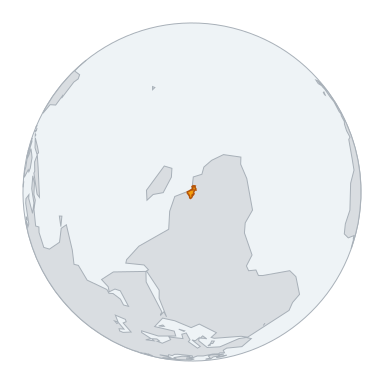 the Earth from above Sofala, rotated 194°
{"feature_id": "MOZ-1905", "entity_name": "Sofala", "entity_type": "Province", "adm_level": 1, "iso_a3": "MOZ", "parent_name": "Mozambique", "parent_adm1": "", "projection": "orthographic", "projection_center": [34.584, -19.076], "detail": "fine", "context": "on_globe", "style": "filled", "palette": "amber", "viewbox_px": 384, "rotation_deg": 194, "n_neighbors": 0, "source": "natural_earth", "source_scale": "10m", "svg_char_len": 7307}
<svg xmlns="http://www.w3.org/2000/svg" viewBox="0 0 384 384"><g transform="rotate(194 192 192)"><circle cx="192" cy="192" r="169" fill="#eef3f6" stroke="#a8b0b8"/><path d="M23.7,176.6L23.9,176.4L23.9,181.9L23.6,186.8L24.2,186.1L24.3,188.9L29.3,185.3L34.1,188.2L35.5,198.1L34.4,212.6L40.2,238.9L40.1,252.4L44.7,263.1L52.6,280.9L52.0,283.5L56.9,288.9L60.5,294.8L61.3,297.3L65.6,302.1L66.4,303.9L68.8,305.7L76.2,314.0L81.1,317.7L88.1,323.9L91.3,325.9L91.7,326.5L93.8,328.2L96.0,329.7L94.5,329.6L87.3,324.5L82.7,320.8L83.2,321.2L72.8,311.8L75.5,314.4L75.3,314.2L66.5,305.1L58.4,295.4L51.0,285.1L44.4,274.3L38.7,263.0L33.8,251.3L29.8,239.3L26.7,227.0L24.6,214.5L23.3,201.9L23.1,189.3L23.7,176.6ZM98.9,330.6L95.6,330.2L96.6,330.1L92.2,326.6L95.7,327.7L98.9,330.6ZM88.2,321.0L86.1,318.2L87.0,318.5L88.7,320.5L88.2,321.0ZM187.2,23.1L199.3,23.5L196.6,23.7L190.4,23.5L195.2,24.3L195.2,23.9L198.3,24.2L200.8,23.7L203.2,23.9L201.5,23.4L204.7,23.6L205.6,24.0L212.0,24.3L218.8,25.2L219.1,25.2L232.4,27.9L232.6,28.0L233.9,28.3L245.9,31.9L257.7,36.3L269.1,41.6L280.1,47.8L290.5,54.8L300.5,62.5L309.8,70.9L318.5,80.0L326.5,89.7L333.7,100.0L340.2,110.8L345.8,122.1L346.0,122.5L344.8,121.5L345.6,123.8L342.8,118.7L342.6,121.4L350.6,140.8L351.5,145.4L349.6,150.0L348.9,146.3L341.6,132.7L342.7,143.0L348.3,156.4L350.4,169.2L347.1,162.6L344.8,151.3L342.1,146.2L341.1,136.8L335.5,121.2L332.1,121.0L330.6,115.7L322.4,102.4L316.5,102.1L308.4,111.2L310.1,125.1L306.0,129.8L294.1,106.7L289.0,93.3L284.5,93.3L272.4,81.1L251.0,76.8L248.1,73.6L244.1,74.4L235.5,70.7L231.1,65.8L225.9,65.7L237.7,78.8L243.3,79.2L248.2,75.1L250.4,79.8L258.6,85.2L249.0,95.4L217.5,103.8L214.7,93.6L192.1,68.2L193.0,65.6L192.9,65.3L192.6,64.8L190.3,69.0L186.5,64.7L198.2,81.0L200.1,88.8L217.1,104.4L215.4,106.0L220.9,109.6L239.0,107.0L239.1,110.5L230.4,126.6L205.6,150.2L209.0,167.9L207.6,183.5L192.6,194.1L194.4,206.9L186.7,211.6L186.5,219.1L180.6,227.5L170.5,235.9L153.0,237.7L151.5,230.7L142.1,218.3L128.9,189.1L132.9,174.9L131.2,164.9L118.5,145.4L121.3,133.4L118.0,129.3L111.1,131.8L107.4,127.1L103.3,128.0L78.1,139.3L70.7,135.0L62.9,118.7L67.7,109.1L69.2,100.6L102.9,64.6L109.4,63.9L135.1,55.4L138.2,55.6L134.3,61.4L153.0,65.6L160.0,60.2L177.7,62.9L190.0,62.5L195.7,52.4L175.6,52.7L172.9,48.3L189.7,44.1L207.3,45.1L206.9,43.5L196.3,39.8L201.1,37.4L192.8,38.4L195.6,39.9L190.5,40.9L187.6,39.6L189.4,38.7L184.2,38.1L177.0,43.6L179.2,45.7L165.3,47.6L167.5,51.5L163.5,53.8L158.2,48.1L159.3,45.9L148.9,41.8L146.6,44.1L156.2,48.5L152.9,48.4L149.8,52.4L149.5,49.3L139.6,44.8L127.5,48.5L111.0,61.1L104.1,64.0L99.0,64.1L106.2,54.0L120.6,48.9L123.4,46.0L121.5,43.8L126.1,42.7L127.1,41.4L132.6,39.8L141.5,35.6L147.2,34.2L151.7,31.0L155.3,30.0L151.6,32.1L152.2,33.1L166.7,31.1L169.8,30.2L171.5,28.5L175.3,28.5L175.1,27.1L184.0,26.2L173.0,26.4L174.8,25.2L180.6,24.2L179.3,24.1L169.7,25.8L167.7,26.6L169.1,27.1L161.8,30.3L156.6,31.4L156.8,28.9L149.4,30.5L152.8,28.5L176.5,23.8L181.6,23.4L187.2,23.1ZM90.6,79.7L89.5,82.2L89.5,82.3L90.6,79.7ZM225.8,52.3L236.6,54.0L232.2,47.9L236.0,48.2L233.1,46.2L231.8,47.5L224.8,42.5L229.7,41.7L228.6,39.7L224.9,39.1L217.2,41.4L227.1,48.3L224.5,50.2L225.8,52.3ZM127.2,37.6L128.7,37.5L126.0,39.1L118.7,42.2L122.5,39.7L127.2,37.6ZM131.5,37.1L133.7,34.4L138.4,32.9L135.4,34.1L138.2,33.3L134.2,35.2L136.4,36.8L134.2,38.5L121.9,42.4L127.1,40.0L125.3,40.1L131.5,37.1ZM142.2,53.1L144.7,53.0L148.7,52.2L146.8,55.0L142.2,53.1ZM135.2,50.0L137.5,49.3L136.8,52.3L134.3,52.7L135.2,50.0ZM139.4,46.5L137.7,49.0L137.1,47.9L139.4,46.5ZM153.8,31.5L156.4,30.9L156.4,31.3L154.7,32.1L153.8,31.5ZM192.0,54.0L188.1,55.9L186.4,55.0L188.1,54.5L192.0,54.0ZM166.1,54.8L171.7,55.7L165.5,55.5L166.1,54.8ZM255.0,281.7L255.8,284.8L253.3,284.4L255.0,281.7ZM236.6,182.7L225.2,210.5L217.2,210.1L215.6,201.4L219.8,184.4L229.1,180.2L233.7,173.1L236.6,182.7ZM357.8,213.2L358.0,216.0L357.9,216.7L357.8,213.2ZM357.7,208.4L358.3,211.0L357.3,209.6L357.7,208.4ZM358.4,212.0L359.0,213.0L359.2,212.9L359.0,214.3L358.4,212.0ZM357.2,206.8L352.7,198.2L350.4,193.0L351.4,190.9L355.0,196.9L357.2,206.8ZM351.1,190.6L347.1,178.1L338.7,149.9L341.8,152.4L350.0,172.1L349.6,174.1L352.0,183.1L351.1,190.6ZM359.2,188.4L358.7,195.1L356.6,189.7L355.5,186.5L354.7,176.0L355.2,172.2L356.3,174.0L358.3,165.6L359.5,171.8L359.3,176.0L360.1,184.1L359.2,188.4ZM310.9,126.7L314.9,136.6L312.4,137.1L310.9,126.7ZM357.5,158.1L357.8,161.7L357.0,155.7L357.5,158.1ZM347.1,128.0L346.1,126.9L345.3,124.7L346.1,124.8L347.1,128.0ZM326.4,294.4L327.5,292.9L326.8,293.7L329.7,290.0L326.4,294.4ZM329.9,289.7L327.9,292.3L332.3,285.9L335.1,281.0L329.4,278.6L329.8,274.2L333.3,270.0L340.8,252.6L341.0,253.9L345.3,243.4L350.8,242.4L355.7,232.3L354.6,237.9L354.7,237.4L350.2,251.3L344.6,264.6L337.8,277.5L329.9,289.7ZM358.2,219.3L359.1,216.7L359.0,217.9L358.2,219.3ZM360.9,188.3L360.5,187.1L360.6,192.4L360.9,192.5L360.6,194.3L360.3,203.7L360.0,205.8L360.4,195.8L359.7,203.4L359.5,202.0L359.9,194.2L360.4,187.0L360.6,184.8L360.9,187.7L360.9,188.3ZM359.4,169.4L359.4,169.5L359.4,169.3L359.4,169.4Z" fill="#d9dde1" stroke="#a8b0b8" stroke-width="1"/><path d="M196.3,191.2L196.2,191.3L196.0,191.5L195.9,191.6L195.7,191.7L195.6,191.8L195.2,192.0L194.9,192.3L195.0,192.3L194.9,192.3L194.7,192.5L194.8,192.5L194.6,192.7L194.5,192.8L194.4,193.0L194.1,193.3L193.8,193.6L193.5,193.9L193.4,193.9L193.2,194.1L192.8,194.3L192.7,194.3L192.7,194.2L192.4,193.9L192.2,193.7L191.9,193.5L192.0,193.6L192.2,193.8L192.3,194.0L192.5,194.1L192.5,194.3L192.4,194.4L192.5,194.4L192.5,194.5L192.5,194.8L192.5,195.0L192.5,195.3L192.4,195.2L192.2,195.2L192.2,195.3L192.4,195.4L192.4,195.5L192.3,195.8L192.2,195.9L192.2,196.0L192.3,196.0L192.2,196.3L192.3,196.3L192.5,196.4L192.6,196.5L192.8,196.6L192.8,196.8L193.0,196.8L193.1,197.0L193.3,197.3L193.2,197.4L193.2,197.5L193.3,197.4L193.4,197.5L193.5,197.5L193.4,197.5L193.1,197.6L192.8,197.7L192.8,197.8L192.7,197.8L192.5,198.0L192.4,198.1L192.3,197.9L192.2,197.9L192.1,198.0L191.7,198.2L191.5,198.4L191.4,198.5L191.2,198.6L190.9,198.6L190.4,198.6L190.5,198.3L190.5,198.2L190.7,197.9L190.4,197.6L190.2,197.6L190.1,196.9L189.7,196.7L189.0,196.0L189.0,195.9L189.0,195.7L188.9,195.3L188.8,195.2L188.7,195.0L188.8,195.0L189.0,194.8L189.1,194.7L189.3,194.6L189.5,194.5L189.8,194.6L190.0,194.5L190.1,194.4L190.3,194.3L190.3,194.2L190.2,194.2L190.0,193.8L190.0,193.7L190.2,193.4L190.2,192.7L190.4,191.6L190.5,191.5L190.4,191.6L190.3,191.4L190.2,191.4L190.1,191.2L189.9,191.1L189.7,191.0L189.6,190.9L189.6,190.7L189.8,190.5L189.8,190.4L190.0,190.4L190.0,190.2L189.9,190.1L189.9,189.9L189.9,189.7L190.0,189.5L190.1,189.4L190.2,189.2L190.3,189.3L190.5,189.5L190.8,189.5L191.0,189.5L191.0,189.4L191.1,189.1L191.2,188.9L191.2,188.7L190.8,188.4L190.8,188.1L190.7,187.7L190.8,187.4L190.8,187.2L190.9,186.9L191.0,186.7L191.2,186.1L191.3,186.0L191.5,185.9L191.8,185.7L192.0,185.4L192.2,185.5L192.5,185.6L192.8,185.8L192.9,186.2L193.0,186.4L193.1,186.5L193.2,186.8L193.3,187.1L193.4,187.3L193.5,187.5L193.7,187.8L193.8,187.8L194.0,187.9L194.1,188.1L194.3,188.2L194.3,188.3L194.4,188.5L194.5,188.6L194.6,188.8L194.8,188.9L195.0,188.9L195.1,189.0L195.3,189.0L195.5,189.2L195.5,189.3L195.7,189.5L195.9,189.7L196.0,189.8L196.2,190.0L196.3,190.1L196.3,190.3L196.4,190.5L196.3,190.8L196.3,191.0L196.4,190.9L196.4,191.0L196.5,191.1L196.4,191.2L196.3,191.2Z" fill="#f59e0b" stroke="#b45309" stroke-width="1.5"/></g></svg>